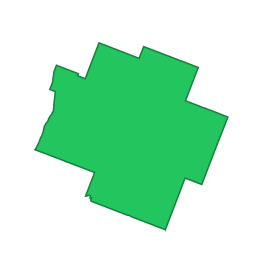 Karoonda East Murray, South Australia, Australia, rotated 291°
{"feature_id": "25037944B45596854652330", "entity_name": "Karoonda East Murray", "entity_type": "district", "adm_level": 2, "iso_a3": "AUS", "parent_name": "Australia", "parent_adm1": "South Australia", "projection": "mercator", "projection_center": [139.832, -34.928], "detail": "fine", "context": "isolated", "style": "filled", "palette": "green", "viewbox_px": 256, "rotation_deg": 291, "n_neighbors": 0, "source": "geoboundaries", "source_scale": "gbopen_adm2", "svg_char_len": 3523}
<svg xmlns="http://www.w3.org/2000/svg" viewBox="0 0 256 256"><g transform="rotate(291 128 128)"><path d="M46.4,119.8L46.4,158.9L46.5,159.4L46.5,159.6L46.6,159.9L46.7,160.0L46.8,160.4L46.9,160.6L46.9,160.9L46.9,161.2L46.4,162.2L46.4,167.8L46.4,179.8L46.4,190.4L46.4,199.2L46.3,199.3L59.6,199.3L60.4,199.3L60.7,199.2L61.0,199.2L61.3,199.3L66.5,199.3L77.8,199.3L86.1,199.3L86.3,199.3L101.7,199.2L101.7,217.1L106.1,217.1L119.0,217.1L126.8,217.1L137.9,217.1L154.2,217.2L164.1,217.3L174.0,217.3L174.0,211.7L174.1,205.6L174.1,204.4L174.1,204.1L174.1,203.9L174.1,199.4L174.0,194.6L174.0,194.3L174.0,194.2L174.0,193.9L174.1,193.7L174.1,193.3L174.1,192.9L174.0,192.7L174.0,178.5L174.0,178.4L174.0,178.0L174.0,177.8L174.0,177.6L174.0,177.3L174.0,177.2L174.0,176.9L174.0,176.6L174.0,176.4L174.0,171.9L191.2,171.9L198.6,171.9L209.7,171.9L209.6,113.5L203.1,113.5L202.6,113.5L202.6,113.4L197.4,113.4L197.0,113.4L197.1,70.4L182.6,70.4L168.0,70.4L158.7,70.4L158.7,62.3L159.3,62.1L160.1,62.2L160.5,62.2L160.9,62.1L160.9,56.1L160.9,38.8L160.9,38.7L154.0,38.7L149.0,39.9L148.8,39.9L143.5,41.2L135.9,41.2L135.9,47.1L126.3,49.6L126.2,49.6L123.7,50.3L123.0,50.5L122.8,50.5L122.3,50.7L122.2,50.7L122.0,50.9L121.8,51.1L121.7,51.1L121.3,51.2L120.6,51.3L116.9,52.2L116.7,52.2L116.4,52.3L116.4,52.2L116.2,52.1L115.8,51.9L114.0,51.8L113.5,51.7L113.1,51.7L112.2,51.3L111.7,51.2L111.3,51.1L109.1,50.7L108.6,50.6L107.9,50.5L107.4,50.8L106.8,50.8L106.6,50.7L105.7,50.8L104.7,50.6L103.9,50.1L102.6,49.7L101.4,49.6L99.5,49.2L98.6,49.5L97.7,49.6L96.3,49.7L96.1,49.8L95.7,49.9L95.3,50.0L95.1,50.0L94.8,50.1L94.6,50.2L94.3,50.2L94.1,50.2L91.6,50.2L91.0,50.4L87.8,50.0L86.6,49.9L82.7,50.0L79.4,49.7L78.3,49.5L76.2,49.4L74.9,49.1L74.6,49.0L74.4,48.9L74.4,56.6L74.5,56.6L74.5,57.0L74.5,57.4L74.5,57.7L74.5,57.8L74.5,58.0L74.5,58.4L74.5,58.6L74.5,58.9L74.5,59.2L74.5,59.4L74.5,59.7L74.5,59.8L74.5,60.0L74.5,60.5L74.5,61.1L74.5,61.3L74.5,61.7L74.5,62.0L74.5,62.3L74.5,62.8L74.5,63.0L74.5,63.5L74.5,63.9L74.5,64.1L74.5,64.4L74.5,64.8L74.5,65.0L74.5,65.3L74.5,65.6L74.5,65.8L74.5,66.0L74.5,66.5L74.5,66.9L74.5,67.1L74.5,67.4L74.5,67.6L74.5,68.0L74.5,68.3L74.5,68.6L74.5,68.9L74.5,69.2L74.5,69.3L74.5,69.5L74.5,69.8L74.4,70.0L74.5,70.1L74.5,70.3L74.5,70.5L74.5,71.1L74.5,71.3L74.5,71.5L74.5,71.8L74.5,72.1L74.5,72.3L74.5,72.5L74.5,72.8L74.5,73.1L74.5,73.5L74.5,73.9L74.5,74.3L74.5,74.5L74.5,74.8L74.5,75.1L74.5,75.5L74.5,75.8L74.5,76.2L74.5,76.4L74.5,76.6L74.5,77.1L74.5,77.3L74.5,77.5L74.5,77.8L74.5,78.0L74.5,78.4L74.5,78.7L74.5,78.8L74.5,79.1L74.5,79.4L74.5,79.8L74.5,80.0L74.5,80.4L74.5,80.6L74.5,80.9L74.5,81.1L74.5,81.4L74.4,81.6L74.5,93.6L74.5,97.0L74.5,97.3L74.5,97.6L74.5,98.0L74.6,98.3L74.6,98.5L74.6,98.9L74.6,99.0L74.6,99.3L74.6,99.5L74.5,99.9L74.5,100.0L74.5,100.3L74.5,100.5L74.5,100.8L74.5,101.1L74.5,101.3L74.5,101.5L74.5,103.5L74.5,103.9L74.5,104.0L74.5,104.3L74.5,104.5L74.5,104.8L74.5,105.0L74.5,105.3L74.5,105.5L74.5,105.8L74.5,106.1L74.5,106.3L74.5,106.5L74.5,106.8L74.5,107.0L74.5,107.3L74.5,107.5L74.5,107.8L74.5,108.0L74.5,108.3L74.5,108.8L74.5,109.0L74.5,109.3L74.5,109.5L74.5,110.0L74.5,110.3L74.5,110.7L74.5,110.8L74.5,111.0L74.5,111.5L74.6,111.8L74.6,112.0L74.6,112.3L74.6,112.5L74.6,112.8L63.3,112.8L53.9,112.8L51.7,112.8L49.2,112.8L49.4,113.1L49.6,113.7L50.0,114.2L50.8,115.1L51.1,115.6L51.3,116.3L51.3,116.7L51.1,116.9L50.8,117.2L50.4,117.4L50.0,117.5L49.6,117.6L49.0,117.6L49.4,118.8L49.2,118.7L48.7,119.1L48.4,119.0L48.4,118.8L47.9,118.9L47.6,119.0L47.2,119.1L46.4,119.8Z" fill="#22c55e" stroke="#15803d" stroke-width="1.5"/></g></svg>